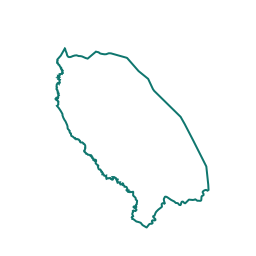 outline of Ou Ya Dav, Rôtânôkiri, Cambodia, rotated 336°
{"feature_id": "14789045B92198168751109", "entity_name": "Ou Ya Dav", "entity_type": "district", "adm_level": 2, "iso_a3": "KHM", "parent_name": "Cambodia", "parent_adm1": "Rôtânôkiri", "projection": "robinson", "projection_center": [107.357, 13.558], "detail": "fine", "context": "isolated", "style": "outline", "palette": "teal", "viewbox_px": 256, "rotation_deg": 336, "n_neighbors": 0, "source": "geoboundaries", "source_scale": "gbopen_adm2", "svg_char_len": 5604}
<svg xmlns="http://www.w3.org/2000/svg" viewBox="0 0 256 256"><g transform="rotate(336 128 128)"><path d="M176.4,217.3L178.3,212.3L183.9,195.0L182.5,166.0L181.4,147.5L180.6,139.2L167.0,104.7L166.6,102.6L166.4,91.3L160.8,80.3L155.7,63.8L155.1,63.1L142.7,52.8L140.8,51.9L138.1,51.7L136.7,51.2L135.4,50.4L133.6,49.2L132.5,48.1L132.0,46.9L130.2,45.6L129.8,45.2L119.4,48.2L117.8,46.9L115.2,44.0L114.0,43.1L112.2,42.2L110.6,40.7L108.8,40.1L106.3,39.8L105.5,39.9L103.8,39.6L102.9,39.2L102.3,38.5L102.1,37.8L102.0,36.6L102.4,34.5L102.4,32.4L102.8,29.8L102.7,29.6L96.1,34.5L91.3,36.7L91.2,37.0L91.2,37.7L91.0,37.9L90.6,37.9L90.4,38.2L90.3,38.6L89.8,39.4L89.7,39.7L90.0,40.2L90.3,40.0L90.2,41.7L90.7,42.1L90.7,42.6L90.9,42.8L90.9,43.6L90.8,43.9L91.1,44.7L91.0,45.5L91.3,45.5L91.5,45.8L91.4,46.1L91.0,46.6L90.9,47.1L91.5,47.8L91.2,48.4L91.5,48.8L90.9,49.0L91.0,49.4L90.9,49.9L91.1,50.1L90.9,51.1L90.6,51.0L90.4,50.8L90.1,51.2L90.0,50.9L89.7,51.2L89.6,51.4L89.5,51.6L88.2,51.2L87.9,51.4L87.5,51.1L87.4,51.4L86.9,51.6L86.9,51.9L86.3,51.9L86.2,53.0L85.3,52.1L85.2,52.6L84.7,52.7L84.7,53.5L84.4,53.5L85.0,54.1L84.6,54.5L85.1,54.6L85.0,54.9L84.4,55.3L84.7,55.9L85.3,56.3L84.8,56.7L84.4,57.6L84.1,58.0L84.2,58.8L83.9,59.0L83.1,58.7L83.1,59.1L82.9,59.4L82.8,59.1L82.3,58.4L81.8,58.5L81.6,58.9L80.8,59.1L80.2,59.8L79.9,60.8L79.6,61.0L79.6,62.0L79.3,62.1L79.1,62.6L78.9,62.6L78.5,63.4L78.8,63.9L78.6,64.4L79.0,65.0L78.5,65.9L78.8,66.9L78.1,67.2L78.0,67.5L78.1,67.8L78.3,67.8L78.6,68.6L78.4,68.8L77.9,68.8L77.8,69.1L78.0,69.3L78.1,70.1L77.6,70.2L77.3,70.5L77.2,70.5L76.6,71.3L76.3,71.3L76.6,71.8L76.2,72.3L75.9,72.2L75.9,71.9L75.4,72.1L75.2,71.5L74.7,71.3L74.1,72.1L73.6,72.1L73.6,72.4L73.9,72.7L73.9,73.1L74.2,73.6L74.8,73.9L74.8,75.3L74.9,75.6L75.1,75.6L75.1,75.9L74.5,76.5L74.0,78.0L73.7,78.1L73.0,78.8L72.1,78.9L72.9,81.7L73.5,85.3L73.8,88.6L73.3,89.8L73.1,92.3L73.3,95.1L73.6,96.5L73.6,100.6L73.3,102.3L72.8,103.4L72.7,104.3L73.3,106.1L73.2,106.7L73.5,107.0L73.2,107.5L73.0,108.2L73.1,109.1L73.2,109.3L73.5,109.5L73.6,110.0L73.2,110.8L73.1,112.3L74.0,113.3L74.8,115.1L75.1,115.3L75.2,115.8L75.4,115.8L75.3,116.2L75.8,116.5L76.0,117.2L76.9,117.2L77.4,117.7L77.8,118.3L78.1,118.3L78.4,118.7L78.5,119.7L78.9,120.1L78.9,120.3L78.7,120.4L78.6,120.8L78.6,121.3L78.8,121.7L79.0,122.0L80.4,122.6L81.0,123.7L80.9,124.0L81.2,124.4L81.1,124.6L81.7,125.3L81.8,126.5L81.5,127.5L80.9,128.2L80.8,128.5L81.0,128.6L81.0,128.8L80.6,129.3L80.4,129.3L80.0,130.0L79.2,130.6L79.2,130.8L78.7,130.9L78.5,131.3L78.8,131.8L78.6,132.3L78.8,132.7L79.0,132.8L79.0,133.0L79.3,133.4L79.2,133.6L79.3,133.9L79.4,134.1L79.4,134.7L80.0,134.9L80.4,135.6L80.5,136.1L81.4,136.5L81.8,137.3L82.1,137.4L82.5,137.4L83.1,137.7L83.4,138.5L82.8,139.0L83.3,139.5L83.5,139.9L83.1,140.2L83.0,140.6L83.3,141.3L83.8,141.6L83.3,143.0L83.7,143.3L83.9,143.9L84.9,143.4L85.0,143.5L84.8,144.0L84.5,144.4L84.6,144.7L85.6,144.6L85.5,145.2L85.3,145.4L84.8,145.0L84.6,145.1L84.7,146.0L84.3,146.7L84.1,147.2L84.9,149.2L85.5,150.0L85.5,150.5L84.7,151.2L84.7,151.9L84.6,152.2L84.5,153.5L85.1,154.5L85.8,154.7L86.1,156.3L85.7,157.0L85.8,157.2L86.4,157.3L86.5,157.5L86.4,158.2L86.7,159.1L86.4,159.4L85.7,159.7L85.7,160.0L86.2,160.1L86.9,160.7L86.9,161.9L88.2,162.7L88.7,162.7L88.6,162.9L88.0,163.1L87.9,163.5L88.3,164.5L87.7,165.2L87.7,165.7L88.8,165.7L89.4,166.0L90.5,166.0L91.1,166.7L91.7,166.7L91.8,167.0L91.7,167.2L91.7,167.7L92.4,168.1L92.5,168.8L93.0,168.9L93.4,168.7L93.4,167.9L94.7,167.8L94.8,167.6L94.5,166.8L95.5,167.3L95.8,167.7L96.0,168.4L96.5,168.7L96.5,169.4L96.3,170.1L97.7,170.7L97.7,170.9L97.3,171.2L96.9,171.7L96.4,171.7L96.3,172.2L96.5,173.2L96.2,173.4L96.2,173.7L97.5,173.7L98.1,174.3L98.5,174.4L97.9,175.1L97.9,175.3L98.3,176.1L98.2,176.5L98.5,176.7L99.4,176.8L100.4,176.3L100.7,176.6L100.9,176.8L100.7,177.1L99.9,177.8L100.0,178.1L100.8,178.5L101.0,178.9L101.1,179.4L100.9,180.2L101.5,180.6L102.1,180.8L102.6,181.3L102.7,183.0L102.6,183.3L102.0,183.9L102.1,184.2L102.9,184.9L102.5,185.1L102.3,185.0L101.6,184.3L101.4,184.2L101.3,184.4L101.9,185.5L102.0,186.3L103.0,187.0L103.2,186.8L103.1,186.5L103.2,186.3L103.8,186.7L104.4,187.7L106.6,188.3L106.7,188.6L105.3,191.6L105.5,192.7L105.9,193.1L106.5,195.2L106.0,196.5L106.7,198.1L106.3,199.0L105.4,200.3L105.0,201.2L104.0,201.5L103.8,201.8L103.5,203.5L103.1,203.7L102.8,203.5L102.4,203.1L101.9,202.1L101.4,202.1L100.9,202.4L100.9,202.7L102.0,204.5L102.4,205.5L102.5,206.0L102.4,206.3L101.1,206.9L100.3,206.4L99.4,205.6L98.7,205.7L98.2,207.1L97.6,207.4L96.9,208.3L96.8,208.7L96.9,210.0L96.8,210.7L95.4,210.9L95.0,211.3L95.3,212.4L95.0,212.9L95.6,213.2L96.0,213.8L97.6,216.8L99.4,218.2L101.0,219.7L101.8,222.6L103.9,225.6L104.4,226.3L104.7,226.4L108.1,224.6L108.6,224.5L109.7,224.6L110.4,225.0L111.2,225.1L111.8,224.8L111.9,224.4L111.8,223.2L112.1,222.6L112.5,222.4L113.0,222.4L114.8,223.3L115.3,223.3L115.6,223.2L115.9,222.4L114.9,219.7L114.9,219.2L115.1,218.9L116.6,218.8L118.6,216.8L119.7,216.0L122.5,214.9L126.6,213.9L127.2,213.3L127.6,211.6L127.9,211.2L128.5,210.9L129.0,210.8L129.7,211.1L130.4,211.9L131.0,211.7L131.2,209.4L131.7,207.8L132.0,207.3L133.6,206.0L134.1,205.9L135.0,206.4L135.7,207.2L138.2,211.3L140.4,214.0L141.1,215.8L142.4,216.6L143.0,217.1L143.6,219.1L144.3,219.6L144.6,219.7L145.1,219.4L146.5,217.7L147.1,217.3L148.1,217.5L148.5,218.1L149.0,219.6L149.8,220.0L154.3,218.3L154.7,218.3L157.9,220.1L159.4,220.5L160.2,220.5L160.6,220.7L161.7,222.6L164.6,224.0L165.3,223.9L165.7,223.5L167.2,220.7L167.7,220.3L169.5,220.1L169.8,219.9L170.2,218.9L170.0,217.3L170.4,216.6L170.8,216.4L171.9,216.1L173.3,216.1L174.1,216.3L175.2,217.6L176.4,217.3Z" fill="none" stroke="#0f766e" stroke-width="2"/></g></svg>